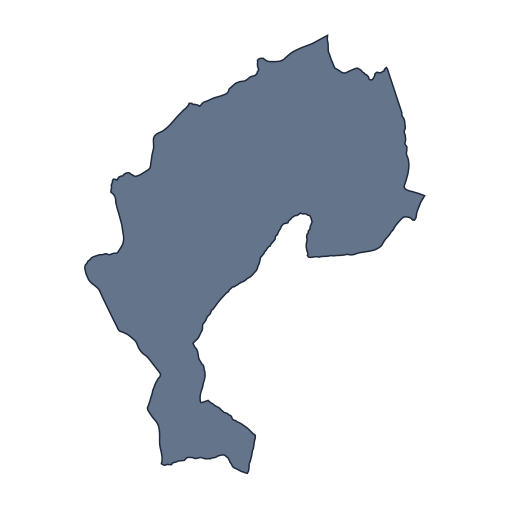 Nambale, Western, Kenya (Robinson projection), rotated 177°
{"feature_id": "3690345B66685082117491", "entity_name": "Nambale", "entity_type": "district", "adm_level": 2, "iso_a3": "KEN", "parent_name": "Kenya", "parent_adm1": "Western", "projection": "robinson", "projection_center": [34.319, 0.505], "detail": "fine", "context": "isolated", "style": "filled", "palette": "slate", "viewbox_px": 512, "rotation_deg": 177, "n_neighbors": 0, "source": "geoboundaries", "source_scale": "gbopen_adm2", "svg_char_len": 6076}
<svg xmlns="http://www.w3.org/2000/svg" viewBox="0 0 512 512"><g transform="rotate(177 256 256)"><path d="M361.4,53.5L359.7,52.3L358.0,51.8L355.8,52.5L351.4,52.0L350.1,53.7L346.2,54.6L344.0,55.4L338.3,55.6L335.7,58.2L333.8,58.4L331.9,58.3L329.5,57.9L327.2,56.8L322.0,57.7L319.8,57.2L318.3,56.4L316.0,56.0L313.9,56.1L312.2,55.9L310.9,56.6L308.1,56.8L306.5,57.2L304.9,58.1L303.2,58.6L300.4,59.1L298.4,59.0L297.0,58.1L295.8,56.9L294.6,56.1L293.2,52.9L292.7,51.3L291.6,49.9L290.9,48.0L289.7,46.1L287.8,45.0L286.3,44.3L281.8,41.5L280.0,41.0L278.0,40.0L276.0,39.4L274.6,42.0L274.2,44.1L273.7,48.7L272.7,50.9L271.0,56.0L270.0,60.7L269.4,62.6L268.6,64.3L267.3,71.2L266.7,72.7L266.2,74.7L266.1,77.0L268.6,79.1L273.3,84.3L278.9,88.8L281.2,90.3L283.5,91.4L284.8,92.6L287.5,93.6L288.3,95.0L288.9,96.9L289.8,98.1L291.3,98.7L292.7,100.2L296.2,101.5L297.5,102.9L299.0,104.3L300.5,106.1L305.1,108.9L306.9,110.6L309.2,112.1L311.4,114.3L317.2,112.6L318.8,112.5L319.3,114.3L319.3,117.3L318.9,120.1L318.3,122.5L316.0,128.4L315.5,130.9L314.0,135.2L313.4,137.5L313.1,139.4L313.1,143.1L313.7,145.1L313.9,148.1L314.4,149.7L315.8,151.2L317.1,153.7L318.2,155.8L318.7,158.0L319.0,161.3L319.3,163.4L320.1,166.0L321.6,167.9L322.6,169.8L323.4,172.2L321.9,173.7L318.9,176.2L317.9,177.3L316.8,179.1L314.9,182.7L313.8,184.3L313.2,186.3L312.9,190.3L310.3,193.3L309.3,194.7L308.6,196.5L307.4,198.3L304.9,200.5L303.1,204.2L301.4,205.4L297.0,210.9L293.5,214.8L287.4,220.7L285.6,221.7L284.1,223.8L282.2,225.3L281.0,226.5L279.6,226.3L277.6,227.5L275.7,228.3L274.6,229.2L273.3,229.8L272.1,230.6L270.0,231.1L268.0,232.2L266.0,233.9L262.7,235.5L260.9,237.0L259.6,238.3L258.4,239.6L257.0,240.8L255.7,242.6L254.3,246.5L253.2,248.2L252.0,252.4L251.7,254.1L248.0,258.0L247.2,259.8L245.6,261.1L244.3,263.2L242.8,264.7L241.3,265.2L240.4,267.1L237.2,270.4L236.0,271.8L235.8,273.6L235.1,275.2L233.5,276.2L232.6,278.4L231.6,280.1L230.2,281.9L229.4,283.9L227.2,286.4L225.9,286.9L224.0,287.1L222.3,287.6L221.7,289.1L219.0,291.4L218.0,292.7L216.5,293.3L215.3,294.2L213.4,294.3L211.3,295.1L209.5,296.5L207.0,295.5L204.8,295.7L203.4,295.2L202.2,294.1L200.2,293.6L199.2,291.5L198.2,287.1L200.3,282.7L200.5,281.1L201.0,279.6L202.4,278.4L202.7,276.2L204.0,274.8L204.5,272.3L204.1,269.7L205.2,265.1L205.4,263.1L205.0,259.1L203.9,255.4L204.7,253.8L203.5,252.1L201.8,251.8L200.2,251.8L197.1,252.2L195.6,252.2L192.8,251.6L190.5,252.1L185.5,252.0L183.7,252.1L181.6,252.5L178.2,252.1L175.1,252.3L171.6,252.2L167.9,252.4L165.2,252.9L160.7,252.1L158.3,252.3L153.8,253.6L150.4,254.1L143.0,254.8L137.8,255.7L136.2,256.2L133.8,257.3L131.9,258.4L130.2,259.7L129.3,261.0L128.1,262.9L126.4,265.3L121.7,270.2L119.6,273.2L118.0,274.5L115.1,279.0L111.7,282.6L108.9,285.4L106.6,287.1L104.0,287.3L101.1,286.6L99.3,285.7L97.8,283.8L95.8,283.5L94.2,286.0L93.0,291.5L88.8,300.9L84.4,307.4L90.2,309.9L97.6,312.5L99.8,313.1L101.7,314.0L103.5,315.2L104.4,316.9L104.1,318.9L102.3,323.2L99.9,330.5L98.8,336.0L98.5,339.5L98.8,344.1L99.4,346.6L100.2,348.7L100.5,351.0L99.9,353.2L99.6,357.1L100.8,358.9L101.5,360.7L100.8,362.7L100.4,364.9L100.6,366.8L100.6,368.4L101.5,371.6L101.4,373.2L100.2,375.8L100.2,377.9L100.4,379.4L100.5,382.8L101.3,385.9L102.3,387.3L103.0,389.1L102.9,391.6L115.0,435.9L115.9,437.4L117.1,436.5L118.1,435.4L118.5,434.0L120.3,433.4L121.6,432.5L123.2,432.5L125.6,433.2L127.6,431.9L128.2,429.5L128.9,428.2L130.7,426.0L132.5,425.8L134.0,426.9L134.2,428.8L135.1,430.0L136.3,431.3L137.8,431.9L138.6,433.2L140.2,434.3L141.0,435.7L142.1,436.6L143.6,437.4L144.9,438.3L147.1,438.0L153.1,435.8L157.0,434.1L159.0,434.2L160.7,434.8L164.0,437.4L167.5,439.6L170.8,448.9L172.0,453.4L173.0,456.0L173.1,458.0L172.9,464.2L173.5,468.5L173.0,472.6L188.5,465.3L190.3,464.6L199.4,461.7L202.9,460.4L207.8,458.3L211.1,456.4L216.2,452.4L217.3,451.3L218.7,450.5L220.7,449.6L222.6,449.2L226.6,449.1L230.8,449.3L233.0,449.6L235.1,450.2L238.6,453.1L240.3,453.2L241.8,453.0L243.3,452.4L244.3,451.2L244.2,449.8L244.5,447.6L244.5,445.2L243.9,443.4L243.6,441.5L245.0,439.9L245.6,438.0L247.1,436.6L248.9,435.9L250.6,435.7L251.9,435.3L253.6,434.3L255.5,432.8L257.2,431.8L258.6,431.3L263.0,431.0L266.7,429.8L268.2,428.9L274.0,424.3L275.1,421.5L276.5,420.0L278.2,419.1L283.1,417.6L289.6,416.1L295.0,414.0L300.5,412.1L302.1,410.9L303.0,409.7L304.4,408.6L305.7,409.5L307.4,410.1L309.4,410.7L310.8,410.6L312.0,411.7L313.3,411.9L314.7,412.0L315.8,409.9L318.6,406.9L320.1,406.0L324.7,401.8L326.9,399.8L334.8,391.7L337.1,389.6L339.2,388.0L341.9,386.1L343.5,385.3L347.8,383.6L349.2,382.7L351.0,381.2L352.0,379.4L352.4,377.2L352.5,369.9L352.8,368.4L354.5,362.6L356.9,350.3L357.8,348.8L359.6,347.5L367.1,343.3L370.2,342.2L372.1,341.8L373.8,342.4L375.3,343.6L376.9,344.4L378.1,345.7L379.5,345.8L381.6,345.6L383.6,344.4L384.9,343.0L386.8,342.8L389.0,341.9L390.8,339.1L392.8,340.0L394.4,340.2L395.4,338.9L395.4,337.4L396.8,334.3L396.7,331.6L397.3,329.4L397.6,327.4L396.3,326.2L394.9,324.8L393.9,322.8L393.3,320.8L393.2,316.6L391.8,309.5L391.0,306.4L389.1,297.7L388.4,294.2L387.9,288.8L387.2,282.5L387.3,279.2L387.7,277.4L388.4,275.0L389.6,272.8L393.9,266.8L395.4,266.0L397.6,266.2L399.8,265.7L401.5,265.0L403.2,265.1L405.1,266.0L406.6,266.1L408.2,265.6L410.2,265.3L411.7,265.5L414.8,264.8L418.4,263.7L420.4,262.8L421.8,261.2L424.2,259.5L425.1,257.8L427.1,255.6L427.6,252.9L426.9,248.1L426.3,246.2L424.5,241.3L423.4,239.6L422.3,238.2L420.8,236.7L419.0,235.3L416.0,232.5L414.7,230.8L413.9,229.2L411.7,223.5L408.3,215.4L401.1,198.4L398.7,193.0L397.7,190.3L396.6,188.6L395.3,187.7L393.9,187.3L389.3,185.0L387.6,183.8L385.7,182.1L381.7,178.3L380.7,177.1L379.9,175.7L378.0,170.3L376.8,168.1L375.5,166.1L373.9,164.4L370.7,161.8L369.2,160.1L366.2,156.0L364.3,153.1L358.5,144.9L357.5,142.9L358.0,140.9L360.6,138.1L361.5,136.4L362.6,134.9L363.4,133.3L364.9,129.7L366.0,127.6L366.6,125.2L367.4,122.6L368.3,120.5L369.5,116.9L371.3,112.2L372.4,110.1L372.0,107.8L370.3,104.5L367.7,100.3L364.1,95.5L363.2,93.8L362.5,92.1L362.1,90.5L361.6,86.4L361.6,82.4L362.0,75.4L362.0,72.9L361.7,70.0L360.6,63.1L360.3,60.2L360.4,57.7L360.7,55.6L361.4,53.5Z" fill="#64748b" stroke="#1e293b" stroke-width="1.5"/></g></svg>